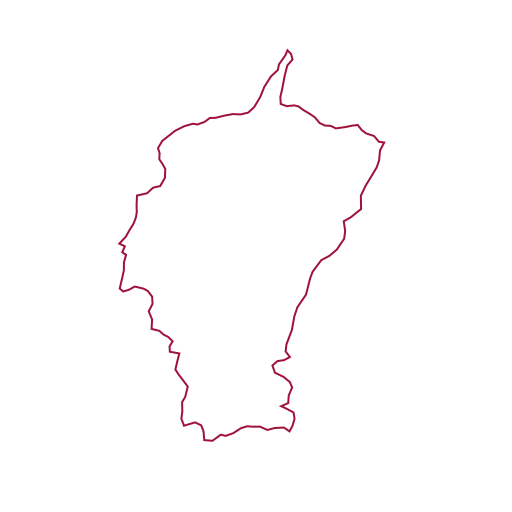 outline of Timburi, São Paulo, Brazil, rotated 225°
{"feature_id": "56859067B46714943844197", "entity_name": "Timburi", "entity_type": "district", "adm_level": 2, "iso_a3": "BRA", "parent_name": "Brazil", "parent_adm1": "São Paulo", "projection": "equal_earth", "projection_center": [-49.61, -23.198], "detail": "fine", "context": "isolated", "style": "outline", "palette": "rose", "viewbox_px": 512, "rotation_deg": 225, "n_neighbors": 0, "source": "geoboundaries", "source_scale": "gbopen_adm2", "svg_char_len": 1982}
<svg xmlns="http://www.w3.org/2000/svg" viewBox="0 0 512 512"><g transform="rotate(225 256 256)"><path d="M379.2,423.7L377.1,418.6L375.3,407.8L372.1,403.0L372.4,393.6L369.7,381.4L365.5,371.6L362.6,360.1L362.9,351.8L367.1,345.1L372.7,340.0L377.3,333.4L382.4,325.0L386.2,321.0L387.3,314.2L390.4,307.6L394.2,304.8L398.5,297.1L401.8,287.2L402.5,280.8L403.7,271.3L401.6,263.0L396.8,260.5L392.8,256.0L387.3,255.0L381.7,253.4L375.7,246.9L373.2,237.8L377.1,231.5L377.4,223.3L382.9,214.6L376.2,207.3L371.4,202.8L368.2,198.4L365.5,192.4L363.6,184.3L361.7,177.6L361.4,168.1L355.6,170.1L353.2,164.0L348.8,165.0L344.7,157.9L339.4,152.6L335.1,145.9L329.4,136.7L324.9,136.9L322.1,142.0L320.1,148.7L312.4,153.4L307.7,154.8L300.7,153.8L295.3,149.0L292.7,141.0L284.5,137.6L278.3,130.6L271.5,134.7L265.7,135.1L260.8,136.7L254.6,136.7L253.2,130.9L249.2,127.4L241.3,132.9L236.9,125.4L232.7,118.7L227.0,117.5L222.3,116.9L211.9,115.4L206.4,106.3L204.9,100.4L198.1,93.9L193.8,88.2L186.9,85.1L181.4,95.3L175.0,97.5L169.1,94.9L162.4,89.2L156.1,94.6L154.6,104.7L150.3,107.3L146.8,114.6L144.9,123.6L141.8,129.4L137.7,132.9L132.5,138.2L125.0,141.0L121.2,147.5L115.0,154.4L108.3,155.7L110.0,161.4L113.6,168.1L118.8,171.9L126.8,169.5L132.0,167.6L129.2,174.8L134.2,180.5L137.5,188.6L142.9,190.8L151.1,190.0L160.1,186.9L167.0,190.2L166.5,196.9L162.5,202.2L160.6,208.5L167.6,209.5L171.9,214.9L178.4,229.2L186.2,240.4L190.5,249.0L193.3,264.0L202.1,278.8L204.9,285.1L206.9,299.3L204.2,308.1L203.4,317.7L205.9,330.6L210.7,336.8L218.5,342.6L216.3,350.8L215.7,356.6L214.9,363.5L224.5,372.8L228.3,383.6L230.9,394.4L233.3,404.0L236.6,410.7L243.0,418.4L245.6,426.9L249.8,423.7L257.4,424.3L265.0,420.5L270.3,419.8L276.7,420.6L280.0,416.4L284.0,410.3L289.8,402.7L295.1,400.9L299.5,397.0L305.1,395.0L312.4,395.7L319.2,394.4L326.0,392.6L331.5,391.9L335.4,389.6L340.3,383.6L346.0,381.0L351.2,385.6L355.7,392.8L363.1,403.6L368.6,412.9L369.1,420.8L374.2,423.7L379.2,423.7Z" fill="none" stroke="#9f1239" stroke-width="2"/></g></svg>